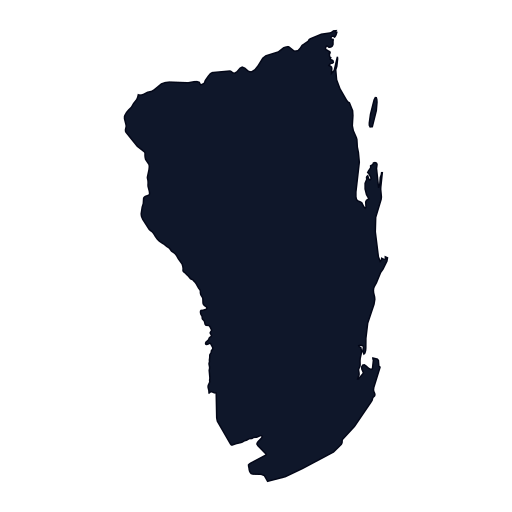 an SVG outline of Inhambane
{"feature_id": "MOZ-1925", "entity_name": "Inhambane", "entity_type": "Province", "adm_level": 1, "iso_a3": "MOZ", "parent_name": "Mozambique", "parent_adm1": "", "projection": "albers", "projection_center": [34.454, -22.902], "detail": "fine", "context": "isolated", "style": "filled", "palette": "ink", "viewbox_px": 512, "rotation_deg": 0, "n_neighbors": 0, "source": "natural_earth", "source_scale": "10m", "svg_char_len": 6012}
<svg xmlns="http://www.w3.org/2000/svg" viewBox="0 0 512 512"><path d="M336.0,30.7L335.5,31.5L335.5,32.0L336.8,32.3L336.0,34.9L335.4,36.0L334.6,37.1L333.4,36.3L332.2,36.2L331.3,36.8L330.9,38.2L331.2,39.1L333.1,39.4L333.2,40.1L333.0,41.0L333.0,44.3L332.3,46.0L330.9,47.0L329.0,47.3L327.4,46.1L326.5,46.0L325.7,47.3L325.5,49.0L326.2,49.8L327.2,50.2L328.8,51.3L329.6,51.5L330.0,52.1L330.1,52.7L329.9,53.3L329.6,53.8L329.3,53.7L329.5,55.0L329.5,56.1L329.7,56.9L330.8,57.7L330.1,59.0L330.9,59.7L332.1,60.1L333.0,60.8L333.3,62.4L332.5,63.1L331.2,63.3L330.0,64.0L328.8,65.4L329.2,65.8L330.4,66.1L331.5,67.1L331.8,68.5L331.5,73.4L334.2,70.5L337.4,56.8L337.6,58.9L336.8,66.3L335.7,69.7L336.6,79.8L339.9,88.7L346.4,100.0L347.9,102.0L349.4,102.8L352.6,110.7L352.9,115.6L352.3,125.7L353.3,130.7L356.4,137.8L356.9,139.7L357.3,147.0L358.4,152.5L359.3,162.2L355.9,191.9L355.9,196.8L356.5,199.6L358.0,201.0L359.9,201.7L361.7,202.7L363.7,206.6L365.2,208.3L366.0,207.1L365.7,202.0L366.5,200.3L368.9,198.8L366.5,194.6L365.1,189.0L365.1,183.3L366.9,179.0L366.5,178.0L366.6,177.1L367.0,176.4L367.7,175.8L368.9,179.2L369.9,180.0L371.3,178.2L368.7,173.3L367.7,172.6L368.3,171.3L370.6,167.9L370.7,167.3L370.6,165.8L372.6,164.7L372.9,164.4L373.4,163.0L374.5,162.6L375.7,162.7L376.5,163.2L377.0,164.3L376.9,165.6L376.5,168.4L378.6,187.9L379.4,185.9L379.8,183.9L380.3,177.5L381.3,174.7L381.6,172.7L382.3,172.7L380.8,187.0L380.7,189.3L381.4,197.0L381.1,199.4L375.7,217.3L375.3,231.8L378.4,256.9L380.2,261.5L381.3,260.1L381.6,259.4L381.7,258.3L383.5,259.2L385.3,259.2L386.1,258.6L385.3,257.5L385.3,256.8L387.5,257.8L386.9,261.2L383.0,269.1L380.6,272.5L376.4,282.8L374.5,286.2L373.7,288.0L373.4,290.4L373.6,292.8L374.6,297.0L374.8,299.4L374.0,304.3L367.7,323.1L365.9,338.2L365.8,348.1L365.6,350.4L364.9,353.0L363.9,354.0L362.9,351.6L363.0,349.4L363.5,347.4L363.0,345.8L360.4,345.2L358.7,345.6L359.0,346.6L360.2,347.4L360.8,347.7L361.4,350.4L361.5,351.6L361.2,353.8L360.2,358.3L360.0,360.7L360.1,364.5L360.0,366.0L359.6,367.1L358.8,368.7L358.5,369.9L359.0,372.8L359.1,374.2L358.9,375.5L357.9,377.7L357.6,379.0L358.6,378.9L363.5,373.0L361.8,369.0L361.7,366.9L362.8,365.1L364.3,364.8L365.8,365.8L368.6,368.3L370.6,369.3L371.8,369.3L372.5,368.3L373.4,360.2L372.9,358.9L372.9,358.0L377.3,359.1L378.4,360.4L378.8,365.6L379.1,366.5L379.8,366.8L380.0,367.4L373.8,387.4L373.5,389.7L373.7,391.2L374.7,393.6L374.9,394.9L374.5,396.0L373.0,397.4L372.7,398.0L372.1,400.3L370.8,402.4L354.4,426.5L342.4,439.5L342.1,440.7L342.1,442.2L341.8,443.3L341.3,444.3L333.5,452.0L302.5,468.5L285.3,476.7L267.6,481.3L264.4,475.6L261.2,474.3L253.0,474.1L251.2,473.6L250.3,472.5L249.6,471.2L249.2,469.6L249.0,468.0L248.6,466.2L248.5,464.9L249.4,464.0L250.7,463.1L265.6,455.2L266.2,454.6L265.8,453.8L257.9,445.7L256.9,444.0L257.4,442.6L258.2,441.5L261.4,438.2L262.2,437.0L262.1,436.4L261.8,435.9L260.7,435.6L260.1,435.7L256.8,437.2L254.0,437.4L253.3,437.6L251.9,438.5L249.2,438.7L248.6,439.0L246.6,440.2L244.4,440.8L242.0,442.2L240.7,442.6L236.3,443.6L231.9,445.1L231.2,444.8L230.4,443.8L217.4,421.3L217.0,419.5L216.7,417.7L216.2,392.9L215.9,392.7L214.9,392.9L214.3,392.8L212.7,392.1L211.5,391.7L210.8,391.8L210.1,392.1L209.3,392.9L209.1,393.0L209.0,392.6L208.9,390.7L208.1,387.3L208.1,386.0L208.5,384.8L209.5,382.7L209.8,381.5L209.6,380.3L209.9,378.2L209.2,370.3L209.6,368.3L209.6,367.2L209.2,365.0L209.0,363.9L209.1,363.1L209.5,361.8L209.4,359.9L209.7,357.9L209.8,355.0L210.0,354.5L211.2,352.6L211.4,350.7L212.5,349.3L212.7,348.7L212.8,347.9L212.5,347.1L210.9,344.1L210.5,343.5L210.0,343.3L209.4,343.4L207.8,344.2L206.6,344.5L205.9,344.3L205.6,343.8L205.6,343.1L206.0,342.1L208.2,340.2L208.5,339.7L209.5,337.6L211.0,336.6L211.3,336.1L211.5,335.3L210.5,333.7L210.2,333.0L210.3,332.4L211.3,331.0L211.6,330.2L211.3,329.4L209.9,326.6L209.2,325.8L208.5,325.4L207.1,325.4L205.9,325.2L205.1,324.2L204.5,321.6L204.1,320.8L203.6,320.2L202.6,319.2L202.3,318.6L202.1,316.3L200.9,314.3L200.5,312.7L200.5,311.3L200.7,310.8L201.1,310.4L202.9,310.3L206.0,309.3L206.5,309.0L206.8,308.5L206.9,307.7L206.3,306.8L204.5,305.6L203.6,304.6L203.2,303.8L203.0,303.0L202.9,299.8L202.8,298.3L202.4,297.3L200.9,294.9L200.6,293.9L200.4,292.9L200.4,291.1L200.0,289.9L198.6,288.1L196.1,283.6L194.8,281.9L194.2,281.4L193.0,280.0L192.5,279.6L191.1,279.1L190.3,278.5L189.1,277.0L187.9,275.6L186.6,274.5L185.5,273.2L183.9,272.0L183.2,271.2L183.0,270.5L183.1,268.4L182.8,266.3L182.1,264.0L178.3,258.7L176.6,255.6L175.2,253.8L174.3,253.0L171.5,251.1L169.5,248.3L168.6,247.6L166.7,246.4L164.1,244.2L162.5,243.3L159.3,241.1L157.3,239.1L155.3,236.3L154.4,234.7L153.1,232.8L152.0,231.6L150.5,230.6L149.2,229.4L142.8,219.4L141.6,216.6L141.3,215.1L141.2,213.7L142.2,207.1L143.3,203.6L143.6,198.6L143.7,198.0L144.4,197.1L145.3,196.4L148.4,195.3L148.9,195.0L149.3,194.6L149.5,194.0L149.6,193.3L149.3,191.1L148.1,186.5L148.0,185.0L148.1,182.9L148.0,180.7L147.4,177.9L147.4,177.2L149.0,169.7L149.3,166.8L149.1,164.6L145.6,159.4L145.2,157.6L145.0,155.9L145.0,153.0L144.6,152.0L137.3,146.3L126.2,132.5L125.7,131.7L125.5,130.9L125.5,129.5L126.1,127.0L126.2,126.0L126.0,124.7L124.5,118.7L124.5,116.6L124.9,115.4L126.6,112.4L128.8,109.8L131.2,107.5L131.9,106.5L133.6,103.5L136.7,99.6L137.7,97.3L138.3,94.8L138.7,95.0L141.2,95.1L143.5,94.4L147.5,92.3L151.8,91.3L154.1,89.9L161.4,83.9L165.2,82.6L169.5,82.1L188.1,82.8L194.2,81.7L196.9,81.6L199.2,82.3L200.1,84.1L200.7,84.8L201.9,84.5L204.2,83.3L204.6,82.5L205.3,80.5L208.3,76.2L210.4,73.7L212.3,72.6L230.0,71.0L231.3,71.6L232.7,72.8L234.5,73.3L237.0,71.8L240.1,68.2L242.2,67.1L244.8,68.2L248.1,71.1L249.8,71.8L251.7,71.8L255.0,69.7L258.1,65.8L262.8,58.2L265.9,55.8L278.4,51.9L283.6,47.8L285.4,47.2L287.8,46.7L288.7,46.8L293.5,50.6L294.6,51.2L298.0,50.7L300.3,48.2L302.1,45.4L308.0,41.4L308.7,40.5L309.1,39.6L310.3,38.8L321.4,34.2L329.8,33.0L331.2,32.6L333.5,30.9L336.0,30.7ZM374.1,99.9L375.3,97.6L376.3,97.7L376.8,99.5L377.0,102.2L376.3,110.6L372.3,126.7L370.1,126.9L369.3,125.2L369.3,122.9L370.5,114.2L374.1,99.9Z" fill="#0f172a" stroke="#020617" stroke-width="1.5"/></svg>